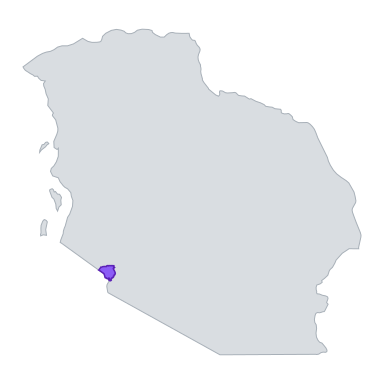 Mwanga, Kilimanjaro, United Republic of Tanzania shown in context, rotated 180°
{"feature_id": "72390352B15719315121224", "entity_name": "Mwanga", "entity_type": "district", "adm_level": 2, "iso_a3": "TZA", "parent_name": "United Republic of Tanzania", "parent_adm1": "Kilimanjaro", "projection": "albers", "projection_center": [37.536, -3.684], "detail": "fine", "context": "in_parent", "style": "filled", "palette": "violet", "viewbox_px": 384, "rotation_deg": 180, "n_neighbors": 0, "source": "geoboundaries", "source_scale": "gbopen_adm2", "svg_char_len": 5918}
<svg xmlns="http://www.w3.org/2000/svg" viewBox="0 0 384 384"><g transform="rotate(180 192 192)"><path d="M133.0,285.3L128.1,282.7L123.6,281.2L119.9,279.4L118.3,277.7L114.8,277.1L111.8,276.8L109.1,275.3L103.4,274.7L102.8,273.7L102.7,271.3L101.7,270.7L99.6,270.1L97.4,270.2L96.0,270.5L95.2,270.4L93.4,269.0L91.7,267.3L91.0,264.5L88.4,262.7L85.4,261.3L77.1,261.5L75.8,261.1L73.8,259.7L71.5,257.3L69.6,254.7L68.0,251.0L66.2,246.1L56.6,226.6L55.6,222.9L53.7,218.8L50.6,213.8L47.3,210.1L42.9,206.7L37.9,203.4L35.2,201.1L30.0,192.0L28.9,187.6L28.1,183.2L28.4,181.4L31.6,175.6L31.9,173.9L31.5,171.7L29.9,167.2L27.8,161.6L23.7,151.5L23.0,148.9L23.1,147.0L25.4,136.6L25.3,135.2L34.9,135.3L41.8,130.7L47.9,123.9L49.1,121.0L51.5,116.7L53.9,114.5L54.8,113.0L56.2,108.7L59.4,105.7L62.4,103.4L61.8,101.8L62.3,101.3L63.9,100.1L67.2,99.0L67.9,96.7L67.8,94.2L67.3,92.7L67.4,91.1L66.9,90.2L64.7,90.0L61.5,88.7L58.8,88.2L57.0,87.5L56.3,86.9L56.0,85.4L57.4,81.4L55.9,79.8L59.2,73.2L59.8,72.4L61.0,72.3L63.0,71.6L64.7,71.2L66.2,71.5L67.2,71.2L68.2,70.5L69.0,68.2L69.6,64.5L69.2,61.5L67.8,59.2L67.4,55.6L68.0,50.8L67.5,46.8L66.0,43.7L64.4,41.8L62.0,40.9L58.1,36.1L57.0,33.8L57.2,32.3L58.5,31.7L60.9,31.9L63.1,31.3L65.2,29.9L67.3,29.5L68.4,29.7L164.0,29.2L275.8,91.2L276.3,92.0L277.2,97.4L277.0,99.2L275.3,102.3L274.8,103.9L274.8,105.0L275.2,105.5L276.6,105.6L277.9,106.3L278.4,106.9L279.3,109.3L280.5,110.4L322.8,141.0L323.8,141.5L323.2,144.1L320.8,150.3L320.6,152.9L319.7,155.9L318.8,157.9L316.4,166.7L314.3,169.9L311.5,177.6L311.1,183.5L312.6,187.6L313.2,191.4L316.4,195.2L319.0,196.6L320.8,198.3L323.9,202.2L325.7,206.2L331.3,208.1L333.5,212.6L332.7,215.6L330.1,218.1L327.6,222.2L325.7,227.6L325.6,235.8L326.9,234.5L329.9,236.5L330.2,242.6L327.2,249.6L326.2,252.9L326.1,255.7L328.3,264.1L331.6,268.4L331.4,269.8L330.5,270.9L336.2,278.5L335.7,285.1L337.9,290.2L338.8,294.6L340.2,298.0L340.5,300.4L338.7,303.0L342.9,303.6L345.3,305.8L346.5,307.8L349.5,307.7L351.1,309.1L353.5,310.3L358.7,313.7L360.1,315.5L361.0,317.1L346.6,327.8L341.4,330.6L337.7,331.9L333.7,332.6L330.0,334.3L326.4,336.9L321.9,338.2L316.4,338.2L310.5,340.1L301.4,345.7L296.1,342.6L291.9,341.6L287.1,341.7L284.2,342.1L283.1,342.7L282.2,344.6L281.4,347.7L278.3,350.7L272.7,353.6L267.6,354.6L263.0,353.9L259.8,352.7L258.2,351.1L255.8,350.3L252.6,350.4L249.5,351.6L246.6,353.8L241.9,354.8L235.5,354.5L232.0,353.5L231.5,351.6L228.7,349.4L223.6,346.9L219.8,346.9L217.3,349.3L215.1,350.8L213.1,351.4L211.3,351.5L208.7,350.9L201.6,350.6L194.9,350.7L194.2,347.3L192.8,345.2L191.6,343.9L189.2,343.6L188.6,342.6L187.8,340.5L186.7,338.7L185.1,337.1L184.2,335.7L183.9,334.4L184.1,333.0L185.5,329.5L186.0,327.0L185.8,324.5L185.0,322.0L183.4,318.9L183.6,318.1L183.1,316.0L183.0,314.5L183.3,312.7L183.0,310.3L181.6,305.3L181.6,304.0L180.1,301.5L175.6,295.7L175.4,294.9L168.4,289.1L165.5,287.8L164.5,288.9L164.2,289.9L164.5,291.8L164.3,292.7L164.0,293.2L162.3,293.1L161.3,292.9L158.6,291.3L156.6,291.0L151.4,291.3L149.6,291.6L148.2,291.3L145.5,288.6L142.3,288.1L139.4,287.9L134.7,284.9L133.0,285.3ZM332.0,186.7L334.4,193.2L334.1,194.4L332.4,195.1L331.6,195.2L330.5,194.1L329.8,192.0L328.6,192.5L326.5,189.9L324.4,189.7L322.5,186.6L323.2,183.9L322.8,179.2L325.1,176.9L326.4,172.9L327.8,175.6L328.2,179.9L330.1,184.9L332.0,186.7ZM343.3,148.1L343.5,149.6L343.0,151.0L343.1,155.7L342.9,158.7L341.2,162.9L339.8,164.4L338.5,164.0L337.5,163.3L336.7,162.1L338.3,154.4L337.5,148.7L340.8,149.2L343.3,148.1ZM338.4,241.6L336.8,242.0L336.2,241.6L335.2,240.3L336.9,239.2L338.6,237.1L342.5,234.1L344.4,231.6L344.1,234.0L341.9,239.2L340.0,239.6L338.4,241.6Z" fill="#d9dde1" stroke="#a8b0b8" stroke-width="1"/><path d="M270.5,107.7L270.3,107.7L270.3,107.8L270.2,107.9L270.2,108.0L270.0,108.4L269.9,108.5L269.7,108.8L269.4,109.1L269.3,109.4L269.2,109.4L269.2,109.5L269.1,109.8L268.9,109.9L268.9,110.0L269.0,110.0L268.9,110.1L268.8,110.3L268.8,110.5L268.7,110.8L268.8,111.1L268.8,111.3L268.9,111.5L269.0,111.6L269.0,111.8L269.1,112.0L269.2,112.3L269.3,112.5L269.8,113.6L270.0,113.9L270.2,114.1L270.3,114.3L270.5,114.7L270.5,114.9L270.5,115.0L270.4,115.1L270.2,115.3L270.2,115.5L270.2,115.8L270.2,116.0L269.9,116.1L270.0,116.1L269.9,116.2L270.0,116.2L270.0,116.3L270.1,116.5L269.9,116.8L270.0,116.9L270.3,116.9L270.4,117.0L270.2,117.2L270.3,117.3L270.4,117.5L270.5,117.7L270.4,117.8L270.5,117.9L270.4,117.9L270.4,118.0L270.2,118.1L270.3,118.2L270.3,118.3L270.5,118.3L271.2,118.3L271.5,118.4L271.8,118.4L272.0,118.4L272.3,118.3L272.8,118.4L273.0,118.3L274.1,118.4L274.7,118.3L274.8,118.4L275.0,118.4L275.4,118.4L275.6,118.3L275.8,118.3L275.8,118.2L276.4,118.3L276.7,118.4L276.8,118.3L277.0,118.3L277.2,118.2L277.4,117.9L277.6,117.5L278.3,117.5L278.9,117.5L279.1,117.5L279.3,117.5L279.5,117.5L279.9,117.5L280.1,117.5L280.2,117.4L280.6,117.4L280.9,117.4L281.2,117.4L282.1,117.0L282.9,116.6L283.6,116.1L283.7,115.9L283.7,116.0L285.2,114.0L284.2,113.3L284.3,113.3L283.4,112.7L280.1,110.4L279.7,109.3L279.6,109.1L279.1,107.2L279.0,106.8L279.0,106.6L278.9,106.4L278.4,106.2L278.2,106.0L277.9,106.0L277.8,105.9L277.7,106.0L277.6,105.9L277.4,105.9L277.3,105.7L277.2,105.7L276.9,105.4L276.7,105.2L276.2,105.3L275.9,105.5L275.7,105.6L275.4,105.8L275.3,105.7L275.2,105.8L274.9,105.8L274.7,105.8L274.7,105.7L274.7,105.4L274.7,105.2L274.9,105.1L274.9,104.9L275.0,104.9L275.1,104.7L275.3,104.6L275.3,104.4L275.3,104.2L275.2,104.0L275.1,103.9L274.8,103.9L274.7,103.9L274.4,103.8L274.2,103.9L274.1,103.7L274.0,103.2L273.3,103.3L272.9,103.6L273.0,103.7L273.1,103.8L273.1,104.0L273.1,104.3L273.1,104.2L273.1,104.3L273.0,104.5L272.9,104.5L272.8,104.8L272.7,104.8L272.6,105.0L272.5,105.3L272.4,105.5L272.5,105.6L272.3,105.7L272.3,105.8L272.2,106.0L271.9,106.2L271.8,106.3L271.7,106.3L271.4,106.4L271.4,106.5L271.2,106.6L271.0,106.8L271.0,106.7L270.9,106.7L270.8,106.8L270.7,106.9L270.6,107.0L270.6,106.9L270.5,107.0L270.4,107.3L270.4,107.5L270.5,107.6L270.5,107.7Z" fill="#8b5cf6" stroke="#5b21b6" stroke-width="1.5"/></g></svg>